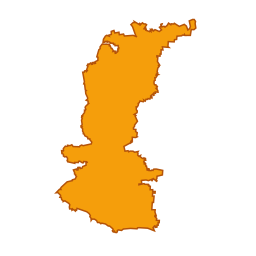 outline of San Andrés Tuxtla, Veracruz, Mexico, rotated 174°
{"feature_id": "50627088B42762923799593", "entity_name": "San Andrés Tuxtla", "entity_type": "district", "adm_level": 2, "iso_a3": "MEX", "parent_name": "Mexico", "parent_adm1": "Veracruz", "projection": "albers", "projection_center": [-95.222, 18.463], "detail": "fine", "context": "isolated", "style": "filled", "palette": "amber", "viewbox_px": 256, "rotation_deg": 174, "n_neighbors": 0, "source": "geoboundaries", "source_scale": "gbopen_adm2", "svg_char_len": 5886}
<svg xmlns="http://www.w3.org/2000/svg" viewBox="0 0 256 256"><g transform="rotate(174 128 128)"><path d="M97.9,82.2L104.1,84.2L106.7,84.4L107.6,83.2L108.6,83.7L109.3,83.2L111.5,83.5L111.2,85.0L111.9,85.3L111.9,84.0L113.3,84.1L113.6,88.2L114.3,88.3L114.3,90.1L115.6,90.6L115.4,91.5L114.8,91.5L115.9,92.7L115.2,93.9L114.0,94.1L115.2,95.6L113.8,95.3L113.8,95.9L115.1,96.5L115.1,95.8L116.7,96.2L118.9,98.1L118.4,99.4L120.1,98.7L121.2,100.0L120.7,101.4L121.1,102.4L120.3,103.6L123.9,103.2L125.4,104.4L128.3,104.8L129.8,104.3L130.3,105.4L133.4,105.3L134.0,110.1L127.1,113.0L126.7,113.9L126.1,113.8L126.4,113.1L125.6,113.5L126.3,114.7L125.4,115.5L125.0,115.1L124.7,118.3L121.4,117.7L119.7,118.3L120.2,118.7L119.3,122.4L120.8,123.7L120.3,125.7L122.6,126.2L122.6,127.6L121.3,129.0L121.1,130.3L117.9,133.7L119.6,139.0L118.8,139.7L120.5,140.8L117.4,142.3L117.0,144.0L117.8,145.2L117.6,148.2L116.5,148.0L115.2,150.0L115.3,151.4L114.2,151.9L113.3,153.6L110.0,152.5L109.1,153.2L109.3,154.1L108.0,153.0L107.1,154.7L105.5,154.4L105.0,155.2L103.2,154.5L102.4,156.2L101.1,155.3L100.9,156.2L102.0,157.6L100.0,159.0L99.4,158.9L99.4,157.8L98.5,158.1L99.2,159.5L98.8,160.1L97.1,159.6L97.1,161.0L94.4,160.5L94.5,162.3L95.8,164.3L95.0,164.2L94.9,165.8L94.0,166.6L95.3,166.3L95.7,168.0L96.8,168.1L97.4,169.0L97.4,170.7L97.0,172.2L96.0,172.6L96.0,175.2L95.2,175.0L93.7,176.8L94.6,177.5L94.1,178.7L93.4,177.9L92.2,178.0L93.0,178.6L92.6,179.7L93.2,180.7L92.1,184.5L90.6,185.9L91.1,187.0L89.9,187.2L91.8,191.0L90.9,195.4L91.9,195.7L91.7,196.8L88.7,196.1L88.3,198.3L87.4,198.1L86.9,202.4L85.1,202.0L85.3,205.1L78.9,203.9L79.8,204.9L78.9,209.7L73.1,208.8L72.5,211.0L70.4,211.0L69.7,214.2L65.0,214.1L64.1,214.7L62.5,214.4L62.1,215.1L61.7,214.1L56.3,213.6L54.8,219.3L52.2,218.9L50.1,220.3L50.3,224.9L49.7,226.9L50.8,229.0L52.3,229.2L55.9,228.1L55.3,222.5L56.3,220.5L58.2,219.2L59.3,223.3L61.2,225.2L66.4,223.7L71.0,227.3L71.6,226.6L74.1,227.1L74.6,226.2L76.7,228.1L78.4,225.9L80.7,224.5L81.5,225.4L83.9,225.0L84.2,226.0L83.2,228.0L84.2,227.9L84.7,227.2L84.3,225.9L86.2,224.9L84.4,222.1L86.8,220.7L90.9,223.0L92.5,221.8L93.5,222.4L93.2,223.2L93.8,223.9L94.3,223.1L95.3,223.7L95.1,221.6L96.0,222.4L96.5,221.6L100.1,223.4L100.1,224.1L99.6,224.1L99.9,225.6L100.3,224.6L101.7,225.0L98.7,228.7L99.6,229.6L101.4,229.9L102.7,231.1L105.2,229.1L105.9,229.6L105.0,231.3L106.5,230.1L110.3,233.0L110.0,232.2L111.7,232.4L114.3,230.5L112.9,228.3L110.6,218.8L109.6,217.7L113.2,219.6L122.0,219.9L122.6,221.9L126.9,221.7L127.0,224.2L131.2,223.9L131.8,226.5L134.6,225.8L134.8,222.8L137.6,222.3L137.2,221.3L139.6,222.4L140.9,221.7L143.1,218.9L143.9,215.7L142.0,215.8L141.9,216.5L139.4,216.4L139.7,215.5L137.9,215.7L136.5,214.7L136.7,214.2L133.7,213.8L133.7,212.6L132.4,212.7L132.3,211.2L129.2,211.1L129.2,209.2L128.7,208.7L129.1,207.6L129.9,207.7L129.9,205.6L130.7,205.6L130.7,204.7L132.2,204.6L132.2,203.6L132.9,203.6L133.0,205.5L132.3,206.0L134.9,205.7L134.5,206.4L135.6,208.8L136.3,208.8L137.1,211.5L138.7,211.8L137.3,211.9L137.9,213.2L145.0,214.1L147.3,211.6L147.4,209.8L148.8,208.9L151.6,202.0L150.5,201.5L150.9,198.4L153.7,197.4L153.6,195.7L155.1,195.6L155.1,196.8L156.6,196.8L156.9,195.1L157.7,195.1L157.5,196.0L158.5,196.6L160.1,195.3L161.0,195.9L162.2,194.3L161.3,193.8L163.1,190.2L162.4,189.5L163.3,188.6L163.5,189.4L165.2,189.3L165.5,188.2L167.2,188.2L166.5,178.6L167.4,176.5L166.6,176.3L166.5,170.6L165.6,169.6L166.4,169.3L166.4,166.5L165.0,162.4L165.1,161.0L166.7,160.0L164.8,158.9L165.1,157.0L164.5,156.6L168.0,153.9L168.5,152.8L168.0,151.0L168.9,149.7L169.4,150.1L169.7,147.8L171.5,146.0L172.0,144.3L172.7,144.8L173.1,143.1L172.5,142.1L173.4,140.7L173.2,136.0L174.6,135.0L174.5,133.7L173.6,133.8L174.0,133.1L173.2,132.0L173.5,129.7L172.7,127.6L173.1,127.0L172.1,126.3L171.8,124.8L169.2,123.1L169.0,121.4L167.1,121.2L167.2,120.4L165.5,117.8L166.2,116.0L174.5,115.1L175.8,115.9L177.6,115.3L178.2,114.4L184.5,115.3L185.6,117.2L187.6,116.5L189.7,117.1L189.6,116.4L190.6,116.1L192.2,116.5L194.4,114.4L194.6,113.7L194.4,112.5L194.6,112.0L196.4,112.4L196.4,109.6L195.8,109.7L194.9,107.8L195.2,107.0L194.1,105.9L192.3,106.0L191.3,104.3L191.6,102.2L192.5,101.9L191.5,101.8L191.5,100.7L184.6,98.4L184.5,99.3L181.3,98.9L181.3,98.3L180.5,100.0L179.5,100.1L177.0,98.1L176.0,98.1L175.6,99.3L172.6,98.8L172.3,98.1L173.4,97.9L173.6,95.4L177.1,94.4L177.9,92.9L179.6,92.7L179.8,93.8L180.6,93.9L181.5,93.1L181.3,94.0L182.0,94.0L182.2,93.3L181.6,93.2L182.2,91.5L183.5,91.7L183.5,92.6L186.7,92.0L185.8,89.2L186.0,87.9L185.0,87.1L185.2,86.2L184.3,85.2L185.9,82.8L188.8,82.3L188.9,81.5L194.2,80.8L200.4,76.2L201.6,74.8L201.2,73.9L202.7,74.1L206.3,71.1L204.5,71.1L202.2,68.3L202.1,67.5L203.0,66.2L201.6,65.8L201.5,63.7L200.1,62.4L200.2,61.6L198.4,62.2L194.7,59.2L193.9,57.8L194.6,55.6L194.5,53.6L192.6,53.4L192.4,52.3L191.7,53.1L191.5,52.3L190.5,52.5L189.1,50.9L188.6,52.0L187.8,51.5L187.1,53.4L177.9,49.1L175.7,47.1L174.6,44.8L175.2,43.8L174.2,42.1L174.3,40.0L173.3,41.2L170.8,40.8L168.9,39.2L168.2,37.2L166.3,37.0L165.0,35.6L164.1,36.1L160.4,34.9L157.9,32.6L156.5,32.4L153.6,29.3L153.4,28.3L154.3,27.4L153.8,26.4L153.0,26.0L152.4,26.8L151.7,25.5L150.2,25.2L149.4,26.0L149.3,27.2L148.1,27.6L145.1,26.8L143.2,28.0L136.0,27.9L129.5,26.8L129.0,27.7L127.3,27.7L118.9,26.3L112.5,23.0L113.5,26.3L111.8,27.9L111.0,27.5L111.3,26.3L109.6,26.4L109.2,28.4L108.2,28.2L107.9,30.8L106.9,30.6L106.5,32.8L109.4,33.2L108.9,35.1L109.9,36.3L109.4,37.1L110.5,37.3L110.3,38.2L109.2,38.1L110.0,41.6L109.5,43.8L112.9,44.3L111.6,51.5L110.4,51.3L109.4,56.5L109.2,57.5L110.8,57.7L110.3,60.8L107.9,60.4L107.6,62.0L110.0,62.4L109.9,64.1L112.4,64.3L111.9,67.7L113.1,67.9L113.0,68.9L113.8,69.1L113.7,69.8L117.3,70.3L117.8,71.0L123.1,70.4L123.0,71.1L120.1,71.1L120.2,74.4L119.6,74.5L115.4,74.4L113.2,73.5L109.5,74.5L109.9,72.6L108.1,75.0L105.2,72.0L104.7,72.4L105.5,73.7L104.6,74.6L104.2,77.0L98.7,77.7L97.9,82.2Z" fill="#f59e0b" stroke="#b45309" stroke-width="1.5"/></g></svg>